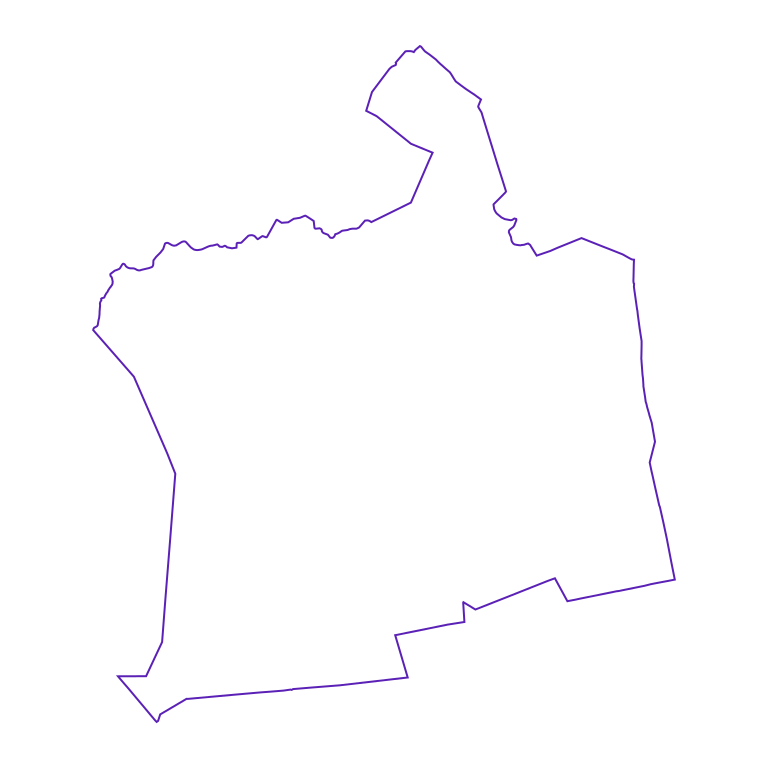 Sannicolau Mare, Timis, Romania (Robinson projection)
{"feature_id": "2599482B9375831214332", "entity_name": "Sannicolau Mare", "entity_type": "district", "adm_level": 2, "iso_a3": "ROU", "parent_name": "Romania", "parent_adm1": "Timis", "projection": "robinson", "projection_center": [20.591, 46.058], "detail": "fine", "context": "isolated", "style": "outline", "palette": "violet", "viewbox_px": 768, "rotation_deg": 0, "n_neighbors": 0, "source": "geoboundaries", "source_scale": "gbopen_adm2", "svg_char_len": 4988}
<svg xmlns="http://www.w3.org/2000/svg" viewBox="0 0 768 768"><path d="M407.7,677.5L395.2,635.2L447.7,624.6L464.4,622.0L463.2,602.6L463.4,602.2L475.4,609.5L506.9,597.1L547.5,581.0L554.9,578.3L567.4,601.2L571.0,600.5L575.2,599.7L580.3,598.6L617.4,591.1L617.8,591.2L635.1,587.7L644.5,585.8L650.8,584.2L656.4,583.1L668.7,580.8L674.8,579.6L671.5,563.1L666.9,539.1L663.4,522.6L659.9,507.0L659.2,505.3L655.1,487.2L652.5,475.4L651.6,471.6L649.7,462.5L655.0,441.7L651.7,422.7L649.4,415.2L649.0,413.5L647.1,407.0L646.4,403.8L645.7,401.8L645.1,397.2L643.4,386.2L643.4,384.9L643.0,378.6L642.5,374.6L641.5,361.1L641.5,360.2L641.3,358.9L641.4,355.9L641.6,345.0L641.6,341.1L639.6,328.1L637.8,314.6L637.4,310.7L637.1,309.5L634.9,293.9L633.9,286.8L634.1,283.7L633.6,283.0L633.4,281.0L633.5,277.9L633.6,273.4L633.8,264.0L634.0,259.7L632.3,259.5L631.6,259.3L628.9,257.9L622.7,254.4L610.4,249.5L602.4,246.4L583.3,238.8L581.5,238.1L572.1,241.9L557.5,247.8L550.2,251.0L536.7,255.6L530.8,246.1L530.3,245.2L530.1,244.9L528.1,243.5L526.5,243.9L524.9,244.5L524.0,244.8L521.8,245.0L520.7,245.3L519.0,245.2L516.9,244.9L514.5,244.4L513.2,243.5L511.9,241.6L511.4,240.0L511.2,238.4L510.9,236.9L508.9,232.4L508.9,231.7L509.0,230.8L509.4,230.1L509.9,229.6L513.2,227.0L514.2,225.6L516.4,220.0L516.2,219.0L514.4,218.5L512.4,219.8L511.6,220.1L510.6,220.2L504.8,219.1L501.4,217.4L496.6,213.4L495.3,211.5L494.2,209.2L493.5,204.7L493.7,204.2L502.3,195.6L505.5,192.3L506.0,191.4L502.5,180.2L497.5,164.5L492.8,149.2L488.0,133.7L483.3,118.4L481.5,112.4L479.1,108.5L478.2,106.8L478.3,106.3L478.5,105.5L481.0,99.5L474.6,94.8L465.9,89.0L461.4,85.7L455.7,81.4L453.8,78.5L451.2,74.2L449.8,72.2L445.7,68.7L442.5,65.8L440.4,64.0L437.8,61.5L436.0,59.6L433.7,57.8L429.3,54.4L425.1,51.5L423.8,50.1L421.1,46.7L419.9,46.1L415.4,49.9L413.8,52.1L412.3,51.5L411.5,51.3L410.0,51.1L407.8,51.1L406.6,51.2L405.4,51.4L395.7,62.6L396.1,63.6L395.7,65.0L393.7,65.9L391.7,66.8L389.4,68.9L372.0,92.0L366.2,110.8L376.7,116.2L411.0,143.8L432.6,152.7L429.1,160.4L410.9,202.6L371.3,222.1L370.0,221.2L368.9,220.7L367.9,220.4L366.0,220.5L365.0,220.6L359.1,227.5L356.5,228.7L352.3,228.7L349.8,229.1L347.6,230.0L342.4,230.7L341.6,231.0L340.6,231.8L339.5,232.5L338.4,233.1L337.1,233.7L335.3,234.2L334.8,235.5L334.2,236.6L332.8,237.8L332.1,237.9L331.5,237.9L330.8,237.8L330.2,237.6L327.9,234.7L323.6,233.1L322.8,232.5L322.3,231.9L321.8,230.9L321.8,230.3L321.7,229.9L321.4,229.4L320.7,228.8L319.5,228.3L315.9,228.7L315.2,228.6L315.0,228.4L314.5,227.9L313.7,221.0L313.6,220.9L309.2,218.0L305.7,215.8L305.2,215.7L304.7,215.8L304.2,216.0L300.0,217.8L293.7,218.8L288.2,222.3L281.7,222.8L277.2,219.9L276.9,219.9L276.5,219.9L276.3,220.1L267.0,236.9L266.7,237.1L266.3,237.3L266.0,237.3L262.7,236.1L262.3,236.2L261.7,236.5L258.3,238.9L257.9,239.1L257.5,239.1L254.9,236.4L254.6,236.1L253.8,235.7L253.2,235.5L252.6,235.3L252.0,235.2L251.1,235.2L250.3,235.3L249.6,235.4L248.9,235.6L248.3,235.8L241.5,242.5L241.2,242.7L240.4,242.9L237.6,242.9L237.2,243.0L236.9,243.2L236.7,243.5L236.5,247.6L236.2,247.7L232.0,248.3L227.1,247.3L225.6,246.0L225.3,245.9L224.9,245.8L224.6,245.8L223.3,246.5L222.2,246.9L221.2,246.8L220.6,246.7L219.9,246.7L219.6,246.5L219.2,246.2L218.0,244.8L217.3,244.4L217.1,244.4L212.6,245.6L211.0,245.7L209.4,246.1L207.8,246.7L206.0,247.5L203.4,248.7L201.7,249.4L200.3,249.7L198.4,250.0L197.4,250.1L196.0,250.0L194.2,249.6L193.4,249.2L191.0,247.5L189.9,246.4L186.1,242.2L185.5,241.7L184.9,241.5L184.0,241.4L183.3,241.5L182.4,241.7L181.9,241.9L176.1,245.4L175.4,245.5L174.1,245.7L173.5,245.6L172.0,245.2L170.1,244.1L168.1,243.0L167.4,242.9L166.7,242.9L165.9,243.1L165.0,243.6L163.2,249.0L160.4,252.6L156.2,256.8L153.9,259.8L153.5,260.3L153.4,260.9L153.3,262.8L153.3,264.1L153.0,265.5L152.6,266.3L152.2,266.8L151.5,267.2L148.9,268.1L141.3,269.9L140.2,270.3L139.5,270.4L139.0,270.4L138.2,270.3L136.7,269.8L135.6,269.1L134.7,268.7L133.7,268.4L130.4,268.3L129.5,268.2L128.4,267.9L127.1,267.2L126.4,266.7L125.7,265.9L125.4,265.5L124.9,264.6L124.3,264.1L123.6,263.8L123.0,263.8L122.6,264.1L122.1,264.7L120.1,268.0L119.5,268.7L119.0,269.0L117.9,269.5L116.1,270.2L114.7,270.7L111.3,273.3L110.5,273.9L110.3,274.7L110.5,275.5L110.7,276.2L111.4,276.8L112.0,278.2L112.7,281.5L112.5,283.8L111.8,285.3L111.1,286.1L110.8,286.8L110.0,287.5L109.5,288.4L108.4,290.0L107.8,291.2L107.5,291.9L106.4,293.2L105.3,295.1L104.8,296.1L104.5,297.0L104.1,297.6L103.1,297.9L101.6,298.3L101.1,298.9L101.4,300.0L101.3,300.5L100.6,301.4L100.2,302.4L99.9,303.7L100.1,305.4L99.6,311.3L99.5,314.4L99.1,318.1L98.6,319.8L97.7,325.2L97.1,326.1L96.2,326.7L94.9,327.4L94.3,327.6L93.6,328.6L93.3,329.4L93.2,330.1L133.9,376.7L167.2,453.3L175.3,473.7L170.2,538.9L165.5,597.5L162.1,642.1L156.4,654.2L146.1,676.2L118.0,676.3L119.4,678.0L122.2,681.3L128.1,688.1L154.9,720.1L156.6,721.9L158.1,720.9L160.2,714.4L186.6,698.8L187.8,698.9L233.2,694.8L260.5,692.4L269.9,691.7L283.5,690.6L290.5,689.6L291.7,689.9L293.0,689.1L310.8,687.6L339.9,685.3L407.7,677.5Z" fill="none" stroke="#5b21b6" stroke-width="2"/></svg>